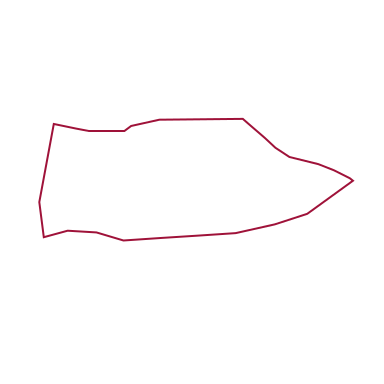 outline of Chollima, P'yŏngan-namdo, North Korea, rotated 286°
{"feature_id": "82179303B23985566152661", "entity_name": "Chollima", "entity_type": "district", "adm_level": 2, "iso_a3": "PRK", "parent_name": "North Korea", "parent_adm1": "P'yŏngan-namdo", "projection": "equal_earth", "projection_center": [125.571, 38.952], "detail": "fine", "context": "isolated", "style": "outline", "palette": "rose", "viewbox_px": 384, "rotation_deg": 286, "n_neighbors": 0, "source": "geoboundaries", "source_scale": "gbopen_adm2", "svg_char_len": 471}
<svg xmlns="http://www.w3.org/2000/svg" viewBox="0 0 384 384"><g transform="rotate(286 192 192)"><path d="M107.7,62.0L120.5,83.1L126.8,111.3L126.5,139.5L139.2,174.7L151.8,210.0L164.5,245.3L183.7,280.5L202.8,308.8L247.2,343.6L248.7,340.0L252.0,322.5L253.6,305.8L252.5,276.0L257.5,260.0L264.1,247.0L273.2,227.3L276.3,220.7L252.5,140.7L238.7,115.3L232.0,110.2L222.2,76.0L221.0,62.9L219.3,40.4L140.2,48.0L107.7,62.0Z" fill="none" stroke="#9f1239" stroke-width="2"/></g></svg>